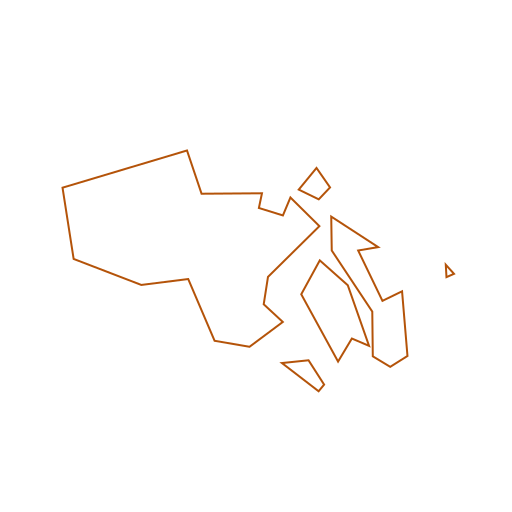 outline of Sulawesi Tenggara, rotated 323°
{"feature_id": "IDN-556", "entity_name": "Sulawesi Tenggara", "entity_type": "Province", "adm_level": 1, "iso_a3": "IDN", "parent_name": "Indonesia", "parent_adm1": "", "projection": "robinson", "projection_center": [122.493, -4.447], "detail": "coarse", "context": "isolated", "style": "outline", "palette": "amber", "viewbox_px": 512, "rotation_deg": 323, "n_neighbors": 0, "source": "natural_earth", "source_scale": "10m", "svg_char_len": 758}
<svg xmlns="http://www.w3.org/2000/svg" viewBox="0 0 512 512"><g transform="rotate(323 256 256)"><path d="M264.4,130.2L250.0,173.5L298.5,209.5L287.2,219.4L301.9,239.8L318.7,230.0L324.6,270.3L253.0,279.9L233.1,299.2L237.7,324.8L196.2,324.6L171.9,298.8L188.0,233.6L147.0,210.1L108.6,148.6L142.6,85.0L264.4,130.2ZM351.4,372.1L316.8,427.0L296.5,425.3L288.9,406.4L315.4,370.4L319.8,297.2L339.8,269.8L358.9,322.4L340.9,313.1L330.0,367.9L351.4,372.1ZM311.7,334.6L292.2,395.8L282.9,379.6L258.0,389.7L269.1,313.8L304.3,297.9L311.7,334.6ZM235.2,370.9L233.0,399.7L224.6,401.7L212.3,357.1L235.2,370.9ZM357.3,222.1L356.4,245.8L340.2,248.5L330.1,228.7L357.3,222.1ZM395.4,387.5L402.3,377.2L403.4,389.4L395.4,387.5Z" fill="none" stroke="#b45309" stroke-width="2"/></g></svg>